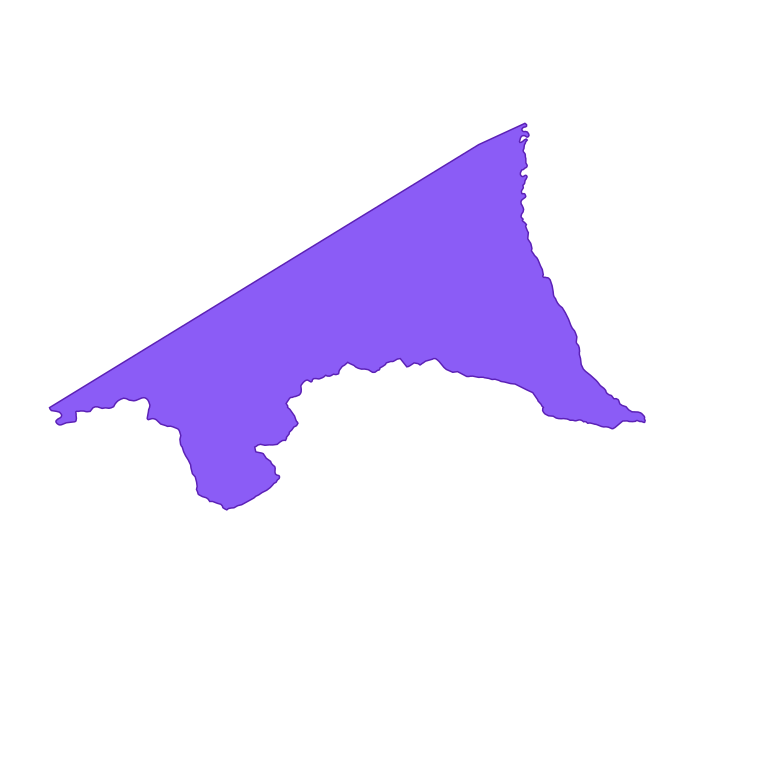 Paratebueno, Cundinamarca, Colombia, rotated 230°
{"feature_id": "7082276B37141282912901", "entity_name": "Paratebueno", "entity_type": "district", "adm_level": 2, "iso_a3": "COL", "parent_name": "Colombia", "parent_adm1": "Cundinamarca", "projection": "albers", "projection_center": [-73.225, 4.477], "detail": "fine", "context": "isolated", "style": "filled", "palette": "violet", "viewbox_px": 768, "rotation_deg": 230, "n_neighbors": 0, "source": "geoboundaries", "source_scale": "gbopen_adm2", "svg_char_len": 6171}
<svg xmlns="http://www.w3.org/2000/svg" viewBox="0 0 768 768"><g transform="rotate(230 384 384)"><path d="M419.2,170.9L418.2,171.0L414.5,172.5L411.0,174.8L408.8,175.3L406.0,175.0L404.2,177.2L399.8,179.6L396.7,181.7L394.6,181.8L392.8,181.1L390.5,181.8L388.6,182.7L388.6,184.8L387.2,187.3L385.6,189.5L384.8,193.8L383.0,197.4L380.6,209.5L380.3,211.2L380.4,213.7L379.6,216.7L379.2,220.9L378.0,225.9L377.8,230.3L378.2,233.7L378.6,235.7L378.1,238.2L379.0,240.6L379.0,242.9L379.7,244.0L380.6,244.6L381.4,244.6L383.3,243.3L384.8,243.0L386.6,243.8L389.3,246.4L390.6,247.1L391.2,247.2L393.1,246.8L395.5,246.7L397.7,247.4L402.8,246.1L408.2,246.7L409.6,246.0L414.2,242.3L414.9,242.4L418.8,244.4L418.4,246.0L418.3,248.2L417.2,250.6L413.6,253.4L411.2,256.9L408.9,259.5L406.4,263.4L406.4,266.9L406.0,269.8L405.0,271.4L404.1,272.3L404.9,274.1L405.3,274.7L405.9,275.0L406.7,279.2L407.9,280.5L408.1,283.9L409.0,287.3L408.3,290.2L409.2,292.8L410.6,293.2L411.3,292.9L413.4,293.5L417.0,294.9L425.0,295.6L428.0,295.1L429.0,296.1L432.0,296.5L433.7,302.4L433.7,303.8L432.7,305.2L432.1,307.0L431.3,308.3L430.1,311.8L430.2,313.2L430.7,314.6L431.3,315.5L433.0,317.1L435.9,319.0L436.4,319.9L437.1,323.1L437.2,325.0L436.9,326.9L436.1,328.0L432.5,329.4L432.3,330.3L432.5,330.9L433.3,332.0L433.3,333.6L431.9,335.4L429.9,337.2L429.4,338.0L428.4,340.9L428.1,342.6L428.2,344.8L428.0,345.1L426.6,345.6L424.9,347.5L424.4,349.0L424.0,351.6L422.1,353.2L421.2,355.2L421.1,355.9L422.6,357.7L423.3,359.0L424.3,363.3L423.8,366.0L423.9,370.2L422.2,370.7L417.6,372.9L415.1,373.3L412.6,374.4L409.9,376.3L407.9,378.8L405.0,381.2L400.4,382.7L399.4,383.8L398.8,384.7L398.6,387.8L397.9,389.2L397.9,389.8L398.9,391.4L398.3,394.2L398.0,397.6L398.6,399.0L398.6,399.6L396.9,403.7L395.7,405.0L395.3,405.9L394.5,410.3L393.0,412.8L382.5,412.5L381.7,414.0L381.4,415.4L380.8,420.6L377.6,423.3L375.5,423.8L375.3,424.2L375.2,426.8L375.0,427.5L374.8,430.5L371.9,437.0L371.6,438.3L370.3,439.8L368.1,440.4L365.7,440.7L358.1,440.6L355.1,441.1L348.8,444.2L346.2,448.3L336.6,452.2L335.2,453.8L334.4,455.3L333.0,457.0L328.1,460.9L327.0,462.5L325.3,464.4L324.4,464.9L320.9,467.9L318.0,469.7L316.3,472.1L312.8,474.4L310.7,475.3L308.2,477.5L303.0,481.2L299.7,484.4L287.5,489.7L281.8,492.4L273.3,491.6L271.9,491.1L267.4,491.3L265.6,490.8L263.6,491.1L263.3,490.0L261.6,488.4L259.4,488.0L257.5,488.1L253.9,489.6L250.6,492.9L247.3,494.0L245.4,495.4L243.4,497.5L242.2,499.2L239.6,501.7L238.3,502.5L236.7,503.2L234.8,505.4L233.0,506.7L232.4,507.5L231.1,510.4L230.2,511.3L228.9,512.1L226.6,512.7L226.5,513.3L225.1,514.5L223.0,514.8L221.8,516.7L219.4,518.5L218.0,519.4L216.5,520.7L211.7,523.3L209.9,524.7L208.5,526.6L206.6,528.2L203.2,529.9L202.6,530.7L202.2,533.0L202.2,542.7L202.0,543.3L199.4,546.6L197.8,547.6L195.5,550.1L193.8,552.6L193.7,553.9L193.3,554.5L190.6,556.0L190.1,556.9L187.4,558.5L187.1,559.0L188.0,560.4L188.4,560.7L189.9,561.0L190.8,562.1L191.6,562.5L192.6,562.6L195.8,562.4L197.2,561.9L199.2,560.6L203.3,556.1L207.0,554.8L211.0,554.8L214.6,552.6L217.2,551.9L220.6,553.2L221.6,553.3L223.6,552.4L224.6,551.0L225.1,550.6L228.8,550.8L229.6,550.5L230.7,549.6L233.4,548.8L235.5,549.1L236.6,549.7L239.2,549.7L243.8,548.7L248.3,548.9L250.5,548.8L257.8,547.8L264.2,546.5L267.4,546.3L272.2,547.6L277.2,550.9L281.0,552.6L283.0,554.3L283.2,554.8L286.2,556.8L288.4,557.7L291.3,557.7L292.5,558.2L296.1,562.0L299.8,563.4L302.2,564.1L305.7,564.1L308.8,564.8L315.0,567.0L322.0,568.7L327.8,569.6L331.4,568.9L334.4,569.0L336.9,569.5L339.0,570.2L341.7,570.4L343.3,571.1L346.3,573.1L351.1,575.9L356.9,578.2L358.9,578.2L360.1,577.8L361.1,576.8L362.4,575.9L362.7,575.1L363.4,574.8L364.4,574.8L364.8,575.1L365.2,576.2L370.0,578.9L373.9,579.8L379.8,581.7L382.3,582.2L385.8,581.9L387.4,582.2L391.2,582.5L392.8,584.5L396.3,586.3L397.5,586.8L402.4,587.4L403.1,587.7L407.2,591.9L408.9,592.2L413.5,593.7L413.9,594.1L414.6,595.6L417.6,595.5L419.1,595.0L420.0,595.0L420.6,595.3L420.5,595.9L420.9,596.5L423.5,596.3L424.5,596.9L425.8,598.8L426.4,601.1L428.0,603.2L429.6,603.9L432.5,604.7L433.3,604.6L435.5,605.9L436.2,607.3L436.4,608.5L436.2,612.3L436.7,613.3L438.8,614.0L439.6,613.8L441.0,612.1L441.5,612.1L442.9,612.8L443.6,613.5L444.7,616.8L446.9,618.1L447.2,620.5L449.3,623.0L449.6,624.4L450.6,626.6L451.0,626.9L452.0,627.1L452.7,626.8L453.1,626.2L453.4,624.2L454.0,623.3L454.8,622.9L456.6,623.0L458.0,624.1L459.4,626.9L458.7,628.8L458.8,630.6L458.5,631.9L458.5,632.8L459.0,633.8L459.6,634.3L462.2,634.8L465.6,637.6L467.0,638.2L468.8,639.6L469.7,640.0L472.4,640.1L473.6,640.8L474.4,642.5L476.9,645.2L477.7,647.2L478.4,648.2L478.8,650.5L479.7,650.6L480.3,650.3L480.8,648.2L480.7,646.2L481.0,644.3L481.7,643.4L482.6,643.6L484.8,646.8L485.3,648.3L485.3,648.9L485.1,649.7L484.4,650.8L483.3,651.6L481.4,652.1L481.1,652.4L480.8,652.8L480.8,653.8L481.2,654.8L482.3,655.5L484.8,655.8L486.4,654.8L487.5,653.3L488.0,653.0L488.8,652.7L489.8,652.9L490.7,653.6L491.0,655.2L490.9,656.0L489.9,657.9L489.9,659.0L491.0,659.9L492.4,659.7L493.1,659.5L506.5,610.4L580.9,112.6L579.5,112.1L577.5,112.1L573.6,115.5L571.0,117.3L569.3,117.4L567.9,117.3L567.2,116.9L566.5,116.0L566.2,114.7L566.8,111.6L566.7,109.5L566.4,108.8L565.8,108.3L564.1,108.1L562.7,108.4L561.5,108.9L560.8,109.6L560.1,110.8L558.5,115.7L553.8,122.9L553.7,123.6L553.7,124.3L555.4,126.3L558.1,128.1L558.8,128.8L560.6,129.8L560.8,130.4L560.6,131.1L559.4,132.4L558.4,134.2L556.2,136.7L554.3,138.0L553.4,139.0L551.9,141.3L552.7,145.1L552.8,146.0L552.2,148.0L550.7,149.8L546.5,152.4L544.8,155.3L542.2,157.7L541.2,159.5L540.4,162.3L541.5,165.0L542.0,167.4L542.1,169.7L541.5,172.7L540.5,175.4L538.4,177.2L535.4,178.5L531.9,181.6L530.9,183.4L529.0,189.4L528.1,191.0L527.2,191.9L525.6,192.6L523.7,192.8L521.6,192.4L518.3,191.1L516.8,189.4L515.6,187.2L514.1,185.6L510.4,181.1L509.7,180.4L509.0,180.3L508.2,180.5L506.6,184.0L505.4,185.3L504.1,186.1L502.8,186.6L496.9,187.2L492.0,190.3L490.8,190.8L488.9,193.4L486.8,194.8L482.3,197.2L480.5,197.3L479.0,196.9L475.1,195.2L472.8,192.1L468.6,189.4L466.8,188.9L465.4,188.9L460.9,187.0L456.6,185.9L451.5,185.2L446.4,183.9L443.8,182.2L438.5,179.6L434.2,179.7L429.2,177.3L425.6,175.0L423.8,172.6L421.1,171.8L419.2,170.9Z" fill="#8b5cf6" stroke="#5b21b6" stroke-width="1.5"/></g></svg>